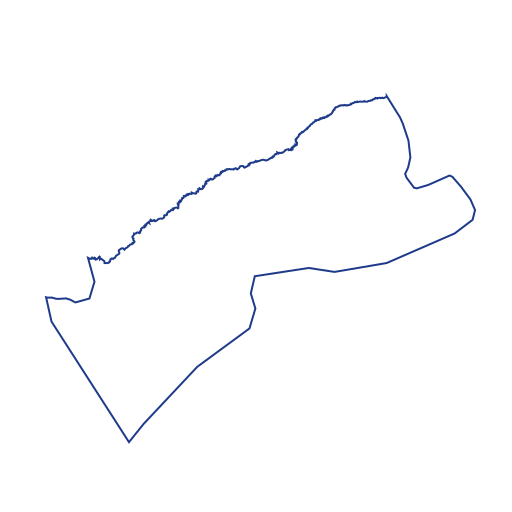 the district of Itsandra-Hamanvou, Andjazîdja, Comoros, rotated 56°
{"feature_id": "10938185B82482804134728", "entity_name": "Itsandra-Hamanvou", "entity_type": "district", "adm_level": 2, "iso_a3": "COM", "parent_name": "Comoros", "parent_adm1": "Andjazîdja", "projection": "mercator", "projection_center": [43.266, -11.611], "detail": "fine", "context": "isolated", "style": "outline", "palette": "blue", "viewbox_px": 512, "rotation_deg": 56, "n_neighbors": 0, "source": "geoboundaries", "source_scale": "gbopen_adm2", "svg_char_len": 6086}
<svg xmlns="http://www.w3.org/2000/svg" viewBox="0 0 512 512"><g transform="rotate(56 256 256)"><path d="M340.4,48.7L329.1,46.6L313.0,47.3L300.1,48.9L297.5,50.6L293.4,73.5L289.8,84.9L287.7,86.8L275.2,87.4L271.3,86.4L267.7,80.4L260.6,72.9L245.6,65.1L228.1,60.2L221.6,59.1L196.5,58.2L197.1,58.6L196.4,62.1L195.3,62.8L195.1,64.1L194.1,64.7L193.8,65.7L193.1,66.6L193.3,67.2L192.6,67.5L192.4,68.2L191.7,68.6L191.7,69.0L192.1,69.3L192.0,70.5L191.6,71.1L191.6,71.8L191.9,72.8L191.1,73.7L191.1,75.0L190.4,75.9L190.2,77.7L188.7,79.5L188.1,79.6L188.1,80.6L187.4,81.7L186.0,83.7L185.3,85.4L184.6,85.7L184.9,86.3L184.1,87.5L183.6,87.8L183.8,89.4L183.2,90.5L183.3,91.6L183.0,92.0L183.4,92.3L182.9,92.8L183.1,93.7L182.9,94.7L182.3,95.4L182.3,95.9L181.9,96.7L181.3,96.9L181.3,97.5L180.2,98.3L180.2,98.9L179.9,99.1L179.9,99.6L178.6,101.0L178.7,101.8L178.3,102.2L178.0,102.9L178.1,103.4L177.8,103.7L178.0,104.5L177.7,105.8L177.0,105.8L177.4,106.0L177.3,106.4L177.6,106.6L177.5,108.1L178.6,109.1L178.2,109.7L179.1,111.2L178.9,111.4L179.7,112.4L180.1,113.5L180.1,114.3L180.4,114.6L180.0,116.2L180.3,117.2L179.9,117.7L180.3,118.0L180.3,118.4L180.0,118.8L180.2,119.2L179.7,119.5L180.0,120.2L179.8,121.0L179.3,121.6L179.8,122.2L179.4,122.8L178.8,122.8L178.5,123.4L178.5,124.4L178.9,124.6L178.8,125.0L178.0,125.5L178.3,125.8L178.4,126.5L178.1,126.7L178.3,127.4L178.0,127.7L178.2,128.4L177.4,129.3L177.4,130.2L176.8,130.7L177.5,131.1L177.2,131.9L177.5,133.3L177.3,134.2L177.8,135.6L177.6,136.3L177.7,137.5L178.3,138.4L178.2,139.7L178.5,140.3L178.4,141.3L179.0,141.7L178.8,142.2L179.1,142.5L178.8,142.9L179.1,143.3L179.1,145.1L179.5,147.4L179.3,147.5L179.4,147.9L178.9,148.5L179.3,148.9L179.1,149.3L179.4,150.4L179.2,151.2L179.6,151.3L179.8,152.5L179.6,152.7L180.8,154.1L180.9,155.9L181.3,156.4L181.2,157.0L181.5,157.8L181.9,157.6L182.3,158.3L183.5,159.1L183.9,158.6L185.0,158.6L185.7,159.5L186.1,159.4L186.7,160.1L186.7,160.5L185.8,161.0L186.2,161.2L185.9,162.1L186.5,162.2L186.1,163.8L186.6,164.0L186.4,164.5L186.7,164.8L186.6,165.4L186.2,165.7L186.5,166.4L187.5,165.7L187.8,166.1L188.1,166.2L187.9,166.7L188.1,167.5L187.0,168.5L186.6,169.5L185.9,169.2L185.5,169.5L184.6,172.4L185.1,173.7L185.2,176.3L184.6,177.0L184.6,177.7L184.2,178.4L183.6,178.7L183.3,179.8L182.5,180.2L183.0,180.4L182.4,180.7L182.8,180.9L183.0,182.2L182.5,182.6L182.6,182.9L182.4,183.2L182.5,184.0L183.4,185.2L183.4,185.7L182.9,186.4L183.4,186.8L183.2,187.4L183.6,187.6L183.0,188.8L183.2,189.3L182.8,190.6L183.1,191.4L182.5,194.2L180.6,195.8L179.7,197.1L178.8,200.9L178.3,201.4L178.4,202.3L177.3,202.9L177.7,203.3L177.2,203.7L177.1,204.5L177.4,204.7L177.2,205.7L175.8,208.1L175.8,208.8L176.3,209.7L175.7,209.8L175.7,210.6L176.4,210.6L177.0,211.4L176.5,212.2L176.7,213.3L176.4,216.0L175.8,216.4L175.0,216.1L174.3,216.4L173.1,218.1L172.8,219.0L173.6,220.7L173.8,223.0L173.4,223.4L172.0,223.6L172.0,224.2L171.4,225.3L171.8,226.2L171.0,226.9L170.0,228.5L169.0,229.3L168.6,230.7L168.2,230.8L168.2,231.3L167.6,232.0L168.0,232.7L168.1,233.8L167.7,234.0L167.9,234.3L167.5,235.1L167.6,235.6L167.0,236.1L167.4,236.8L166.9,237.4L167.3,237.7L167.5,238.0L166.8,238.1L166.8,238.4L167.8,239.2L167.9,239.9L168.6,241.1L168.0,241.7L167.9,242.5L167.5,242.5L167.5,243.1L167.1,243.6L167.6,243.7L167.6,244.0L167.1,244.2L167.5,244.8L166.9,245.2L167.0,245.9L168.1,246.7L168.3,249.1L168.1,249.7L166.5,250.4L166.5,251.3L166.9,252.0L166.2,252.6L166.9,252.9L166.7,253.5L166.9,253.9L166.9,254.3L166.3,254.8L166.5,255.4L166.3,256.2L166.8,256.6L168.2,256.7L168.1,257.4L167.7,257.7L168.0,258.3L168.9,259.1L169.5,260.5L168.7,260.9L169.0,261.1L169.5,260.8L169.8,261.3L169.4,261.7L170.2,262.3L170.3,263.2L169.9,264.2L169.6,264.5L168.2,265.0L168.8,265.9L168.4,266.6L168.9,266.7L170.2,268.0L169.5,268.5L169.4,269.4L170.7,270.6L170.7,271.1L169.8,271.8L168.8,273.1L167.7,273.7L168.3,274.0L168.5,274.8L167.3,275.7L167.3,276.7L166.8,277.3L167.3,277.8L166.4,278.3L166.3,278.5L167.1,279.1L167.0,279.5L166.5,279.9L166.4,280.4L167.1,281.1L165.9,282.3L166.8,282.9L167.3,283.8L166.7,285.0L167.5,285.5L167.7,286.2L168.2,286.8L168.0,287.3L168.5,287.6L168.9,288.2L169.0,288.5L168.5,288.8L168.0,288.7L168.4,289.4L168.1,289.7L168.6,290.0L168.9,290.5L168.7,291.3L169.8,291.1L170.0,291.3L170.0,292.1L170.9,292.1L172.9,293.8L172.8,294.1L172.0,294.2L171.2,295.1L170.5,297.1L170.8,297.4L170.4,298.1L170.9,298.1L171.5,299.2L170.6,299.8L170.4,301.1L170.9,302.0L170.5,302.8L170.8,303.3L170.8,303.6L170.2,303.7L171.0,306.2L172.0,306.7L172.0,307.8L171.0,309.0L171.0,309.3L172.7,310.7L172.7,312.7L171.5,314.4L171.0,315.6L170.8,316.4L171.1,318.3L170.8,320.1L170.3,320.6L169.4,320.2L169.2,320.3L169.0,322.3L167.0,323.1L167.2,323.4L168.2,323.8L167.8,324.5L167.8,326.1L168.8,326.3L168.1,326.6L167.9,327.7L168.2,328.0L168.0,328.6L168.9,329.6L168.2,330.3L168.8,331.1L169.5,331.3L169.0,331.8L169.5,332.0L169.8,333.0L169.0,333.7L168.9,334.5L169.2,335.1L169.2,336.0L170.6,337.0L170.7,338.4L171.9,339.1L171.8,340.0L170.4,340.7L169.9,342.1L170.2,343.0L169.8,344.0L169.2,344.5L170.4,345.7L170.7,347.5L171.4,348.0L172.5,348.1L173.0,347.8L173.4,348.4L174.2,348.8L175.9,348.6L176.6,349.3L176.5,350.3L176.2,350.8L176.7,350.9L176.9,351.3L176.6,351.8L176.8,352.4L176.1,353.9L176.6,355.4L176.3,356.4L176.9,357.5L176.7,360.0L177.2,361.5L175.2,362.0L174.7,362.8L174.5,363.4L174.5,366.5L175.5,367.2L176.8,367.4L177.6,368.1L177.6,372.2L178.6,373.8L178.3,375.0L178.6,376.1L177.6,376.7L177.2,377.5L177.5,377.9L177.4,378.6L178.9,380.1L178.6,380.7L179.2,381.4L179.2,381.9L178.7,383.3L177.2,385.5L175.6,384.7L175.0,384.7L172.8,385.6L172.0,385.7L171.2,386.5L171.4,387.2L170.2,386.7L169.6,386.0L169.0,386.1L169.7,389.5L169.4,391.0L168.4,391.2L168.2,390.6L167.7,390.5L167.0,390.9L167.3,391.7L167.2,392.5L165.7,392.8L166.2,394.0L165.8,394.4L165.7,395.1L163.6,396.3L187.0,404.3L198.1,417.9L193.6,431.4L193.3,431.8L187.7,434.8L186.5,436.1L185.1,436.9L180.9,444.1L179.5,445.8L176.3,448.5L173.9,452.2L172.8,453.1L196.0,462.2L339.3,465.4L332.4,443.2L315.0,366.6L312.4,301.9L299.2,285.9L284.1,281.2L272.1,268.3L295.4,219.0L313.1,199.8L334.9,151.6L348.4,78.7L347.1,56.2L340.4,48.7Z" fill="none" stroke="#1e3a8a" stroke-width="2"/></g></svg>